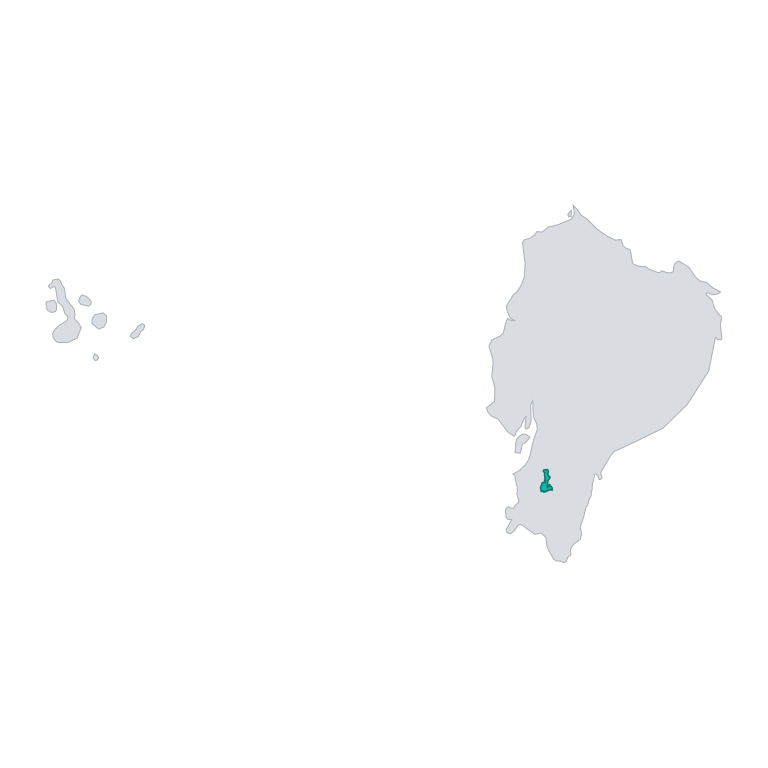 Zaruma, El Oro, Ecuador shown in context
{"feature_id": "8360857B11168395923367", "entity_name": "Zaruma", "entity_type": "district", "adm_level": 2, "iso_a3": "ECU", "parent_name": "Ecuador", "parent_adm1": "El Oro", "projection": "equal_earth", "projection_center": [-79.513, -3.511], "detail": "fine", "context": "in_parent", "style": "filled", "palette": "teal", "viewbox_px": 768, "rotation_deg": 0, "n_neighbors": 0, "source": "geoboundaries", "source_scale": "gbopen_adm2", "svg_char_len": 7400}
<svg xmlns="http://www.w3.org/2000/svg" viewBox="0 0 768 768"><path d="M720.5,291.9L718.2,293.9L712.6,294.7L708.2,292.8L706.4,292.8L706.2,294.7L712.0,299.8L714.7,308.7L718.8,314.1L721.4,316.8L721.5,318.7L720.7,322.3L720.5,325.2L721.9,338.8L721.0,339.6L717.9,339.6L715.4,337.3L708.7,371.0L687.3,404.4L663.0,428.2L634.9,441.9L614.3,451.4L611.1,455.1L601.0,471.9L600.6,473.6L601.9,476.4L602.0,478.2L600.5,479.4L599.2,479.6L598.7,478.7L598.2,476.6L596.9,474.6L595.3,474.0L594.3,474.5L594.3,476.4L592.2,485.4L592.1,489.8L591.2,491.6L591.3,495.5L589.2,499.2L587.6,505.3L585.9,507.2L583.7,516.6L580.6,526.0L580.3,529.2L581.3,531.5L581.7,533.3L580.3,539.1L573.1,544.8L571.2,547.5L570.4,550.6L570.9,553.3L570.7,555.5L568.4,556.3L566.0,561.6L564.2,562.8L559.7,561.0L556.4,561.0L553.8,559.3L548.6,550.4L546.7,545.1L546.2,537.8L541.1,533.1L534.6,534.3L532.6,532.6L527.8,529.5L523.6,526.1L520.5,524.3L518.1,525.1L514.2,531.0L510.5,533.6L508.8,533.5L506.6,531.7L506.2,529.7L511.7,519.5L507.6,519.3L506.1,517.1L505.9,514.5L505.3,511.8L506.1,508.5L508.3,506.7L511.5,508.1L513.8,508.2L515.3,505.1L518.3,502.7L518.9,501.1L517.3,496.1L516.8,493.4L517.3,491.9L517.2,486.5L516.2,484.4L516.1,481.4L515.3,479.8L515.0,476.0L512.9,474.0L519.7,470.4L522.1,467.6L525.1,465.1L527.7,461.2L529.5,457.5L533.5,440.1L537.4,429.1L536.7,423.9L533.5,416.8L532.8,406.3L533.1,403.1L532.7,400.7L530.6,405.1L531.2,420.5L529.3,427.4L526.7,429.1L525.0,427.9L526.0,416.6L524.0,418.7L521.0,426.3L516.0,432.0L515.7,433.9L514.5,436.2L510.6,434.0L507.7,431.7L498.0,419.0L491.7,416.3L487.8,411.9L487.0,410.0L486.6,407.5L490.5,404.8L494.5,401.2L494.9,393.3L494.8,387.2L491.8,376.6L493.2,362.8L492.4,357.3L489.0,345.9L491.6,340.1L500.5,335.9L503.4,333.0L505.4,323.9L507.5,318.5L511.5,320.7L514.6,320.4L510.4,318.4L506.9,310.2L506.3,306.4L513.0,295.2L516.5,292.3L520.7,286.3L524.3,277.4L525.2,263.2L523.7,253.1L522.6,242.4L524.7,239.7L530.2,238.2L534.6,234.8L536.9,231.6L542.2,232.1L548.2,227.1L558.0,224.7L571.5,219.0L574.5,214.0L573.2,205.2L578.2,210.6L580.5,214.7L587.5,219.4L595.8,227.9L601.2,232.2L607.1,236.1L615.6,240.2L620.9,239.5L623.1,245.8L625.0,247.7L630.0,249.8L630.5,250.6L632.4,262.4L633.5,264.1L637.8,266.0L643.0,266.7L645.1,266.3L649.7,269.5L656.8,272.2L659.4,272.6L660.6,272.1L661.0,270.9L663.1,271.1L666.2,272.6L670.6,272.9L673.4,271.5L674.0,264.9L675.0,263.5L678.2,261.1L679.9,261.6L688.2,266.8L689.9,268.6L692.1,272.2L696.0,277.6L700.2,281.0L706.8,282.5L713.1,288.1L720.5,291.9ZM61.8,284.6L64.4,288.2L65.8,298.4L74.0,309.1L75.1,315.1L74.3,317.9L74.7,319.0L78.7,323.3L81.3,327.7L76.9,338.2L67.7,342.6L57.8,342.4L55.8,341.3L53.1,337.3L52.6,333.8L54.2,330.4L59.3,325.2L67.1,320.5L68.1,317.0L64.9,313.6L62.8,306.7L57.8,301.9L55.4,287.3L53.7,286.5L50.4,288.6L48.7,286.8L48.4,285.9L52.0,282.5L52.8,280.1L58.1,279.0L60.4,280.9L61.8,284.6ZM100.4,328.8L98.3,328.9L91.9,323.5L92.3,318.3L94.9,314.7L103.1,312.9L106.6,316.2L106.3,322.5L103.5,327.2L101.2,328.0L100.4,328.8ZM520.8,451.0L520.0,453.1L516.1,452.9L515.0,452.2L515.9,442.0L517.0,438.8L520.2,435.6L522.9,434.1L526.3,434.4L530.0,437.2L525.7,442.4L522.4,443.9L520.8,451.0ZM55.5,311.6L51.3,312.5L47.9,310.6L46.4,307.7L46.1,303.2L46.4,301.8L54.1,300.2L56.6,303.9L56.6,309.3L55.5,311.6ZM138.2,336.5L133.3,338.8L130.6,336.7L130.4,335.3L133.1,331.9L135.7,330.0L138.0,326.1L142.3,323.7L143.6,324.3L144.4,325.1L144.8,326.4L143.3,329.6L140.7,331.8L138.2,336.5ZM90.6,304.5L88.7,306.2L80.9,304.3L78.5,301.0L80.4,296.6L82.1,294.9L86.7,296.5L91.4,301.4L90.6,304.5ZM96.8,360.3L95.2,360.5L92.9,358.1L94.6,353.7L97.9,356.0L98.7,357.7L96.8,360.3ZM571.2,216.4L568.8,216.9L567.8,214.2L570.6,211.1L571.5,210.5L571.2,216.4Z" fill="#d9dde1" stroke="#a8b0b8" stroke-width="1"/><path d="M540.5,488.0L540.6,488.3L540.7,488.5L540.8,488.8L540.9,489.0L541.0,489.1L541.2,489.4L541.1,489.7L541.1,489.9L541.0,490.0L540.9,490.0L540.8,490.3L540.8,490.5L541.0,490.9L541.1,491.0L541.3,491.3L541.4,491.5L541.5,491.5L541.6,491.4L541.8,491.4L542.0,491.3L542.1,491.2L542.5,491.1L542.8,491.2L542.9,491.3L543.0,491.4L543.1,491.5L543.3,491.4L543.2,491.4L543.1,491.2L543.3,491.1L543.5,491.1L543.6,491.4L543.6,491.5L543.8,491.8L543.9,491.7L544.0,491.7L544.3,491.6L544.4,491.9L544.3,492.0L544.5,492.0L544.7,491.9L544.8,491.9L545.0,491.7L545.5,491.6L545.6,491.4L545.9,491.3L546.0,491.4L546.1,491.2L546.5,490.9L546.7,491.0L546.8,490.9L547.0,490.8L547.3,490.8L547.5,490.8L547.6,490.7L547.8,490.5L547.9,490.4L548.0,490.4L548.3,490.5L548.4,490.2L548.5,490.1L548.8,490.2L549.0,490.2L549.3,490.1L549.5,490.0L549.5,489.9L549.7,490.0L549.8,490.0L549.9,489.9L550.1,490.0L550.3,489.9L550.4,489.6L550.7,489.5L550.8,489.5L551.2,489.8L551.5,489.8L551.7,490.0L552.0,490.2L552.2,489.6L552.2,489.3L552.2,489.2L552.3,489.1L552.2,488.4L552.1,488.2L552.1,487.8L551.9,487.6L551.8,487.4L551.7,487.2L551.4,486.9L551.3,486.5L551.2,486.4L550.9,486.3L550.7,486.3L550.4,486.2L550.2,485.9L550.1,485.3L550.0,484.9L550.0,484.7L549.8,484.6L549.6,484.6L549.5,485.0L549.3,485.1L549.3,485.3L549.0,485.5L548.9,485.7L549.0,486.0L548.9,486.1L548.7,486.2L548.7,486.3L548.3,486.6L548.2,486.7L548.2,486.8L547.9,487.1L547.7,487.2L547.6,487.4L547.7,487.5L547.4,487.8L547.2,487.7L547.3,487.3L547.2,487.2L547.1,486.9L546.9,486.4L546.9,486.2L547.0,485.9L547.1,485.7L547.3,485.3L547.4,485.2L547.5,485.1L547.5,484.9L547.7,484.7L547.7,484.4L547.7,484.2L547.8,483.9L547.7,483.7L547.6,483.3L547.6,483.2L547.6,482.8L547.6,482.6L547.5,482.4L547.7,482.1L547.8,481.9L547.9,481.7L547.8,481.4L547.7,481.3L547.7,481.2L547.7,480.8L547.9,480.6L548.1,480.4L548.4,480.2L548.5,480.1L548.6,479.7L548.8,479.3L549.1,479.1L549.1,478.8L549.2,478.5L549.7,478.2L549.9,477.8L549.9,477.5L549.9,477.3L550.0,477.2L549.9,476.8L549.7,476.7L549.5,476.3L549.4,476.2L549.1,476.3L548.9,476.3L548.9,476.2L548.7,476.2L548.6,476.3L548.4,476.4L548.4,475.8L548.2,475.4L548.1,475.2L547.9,474.7L547.9,474.4L548.0,474.0L548.0,473.7L548.1,473.3L548.1,472.7L548.1,472.4L548.2,472.2L548.3,472.1L548.4,471.8L548.4,471.7L548.4,471.4L548.4,471.2L548.4,470.8L548.3,470.7L548.0,470.5L547.8,470.1L547.6,470.1L547.5,469.9L547.4,470.0L547.2,469.9L546.9,469.9L546.6,469.8L546.5,469.7L546.3,469.7L546.2,469.5L545.9,469.6L545.7,469.7L545.4,469.8L545.2,469.9L544.8,469.9L544.6,469.9L544.4,469.9L544.2,470.0L544.0,469.9L543.8,470.1L543.7,470.3L543.5,470.5L543.3,471.1L543.4,471.3L543.6,471.5L543.7,471.8L543.8,471.9L544.1,472.1L544.2,472.3L544.3,472.3L544.6,472.5L544.8,472.7L544.8,472.8L544.7,472.9L544.7,473.0L544.7,473.4L544.7,473.5L544.6,473.8L544.6,474.1L544.5,474.3L544.5,474.5L544.5,474.8L544.6,475.1L544.5,475.3L544.6,475.5L544.7,475.9L544.7,476.0L544.8,476.1L544.9,476.3L545.0,476.5L544.8,477.0L544.8,477.3L544.8,477.5L545.1,478.2L545.1,478.4L545.2,478.5L545.3,478.6L545.2,478.7L545.1,478.8L545.1,479.0L545.1,479.3L544.9,479.7L545.0,479.8L544.9,479.8L545.0,480.0L544.9,480.2L544.8,480.3L544.9,480.5L544.8,480.8L544.6,480.8L544.6,481.0L544.9,481.2L545.0,481.4L545.0,481.5L545.2,481.9L545.2,482.0L545.2,482.4L545.1,482.6L545.1,482.8L544.8,482.8L544.7,482.8L544.7,482.7L544.4,482.5L544.2,482.5L544.0,482.4L543.9,482.4L543.7,482.4L543.4,482.3L543.2,482.5L543.0,482.4L542.7,482.4L542.6,482.6L542.4,482.8L542.2,482.9L542.1,483.2L542.1,483.3L542.0,483.5L541.9,483.9L541.9,484.3L541.8,484.5L541.7,484.8L541.6,485.1L541.4,485.2L541.3,485.4L541.3,485.5L541.2,485.7L541.0,486.0L540.8,486.4L540.8,486.6L540.7,486.8L540.7,487.0L540.6,487.4L540.6,487.5L540.6,487.8L540.5,488.0Z" fill="#14b8a6" stroke="#0f766e" stroke-width="1.5"/></svg>